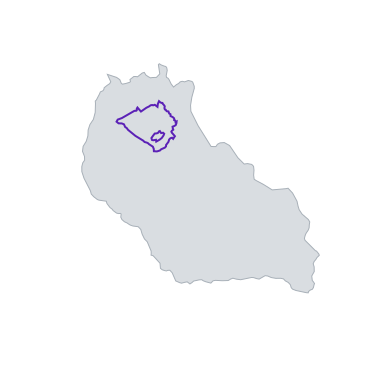 location of Veszprém within Hungary, rotated 62°
{"feature_id": "HUN-3158", "entity_name": "Veszprém", "entity_type": "County", "adm_level": 1, "iso_a3": "HUN", "parent_name": "Hungary", "parent_adm1": "", "projection": "albers", "projection_center": [17.661, 47.071], "detail": "fine", "context": "in_parent", "style": "outline", "palette": "violet", "viewbox_px": 384, "rotation_deg": 62, "n_neighbors": 0, "source": "natural_earth", "source_scale": "10m", "svg_char_len": 3908}
<svg xmlns="http://www.w3.org/2000/svg" viewBox="0 0 384 384"><g transform="rotate(62 192 192)"><path d="M302.6,109.8L306.5,109.1L307.7,109.4L308.5,112.3L308.6,112.5L309.7,114.3L310.7,116.8L312.3,118.7L315.4,119.3L319.6,121.4L322.4,125.7L326.5,127.3L326.8,127.4L327.5,127.1L330.4,126.8L331.0,127.6L333.4,129.7L334.4,131.5L334.1,133.6L334.6,135.9L335.6,136.7L334.6,138.3L327.7,146.5L325.0,148.8L323.1,149.3L320.0,148.7L317.0,149.5L314.3,151.3L311.7,152.0L309.9,154.1L307.6,158.5L304.7,162.2L301.7,164.6L300.2,166.7L300.4,173.6L298.8,175.6L296.5,177.8L295.4,179.6L292.3,190.2L289.8,193.7L287.3,196.4L287.0,198.8L287.2,201.5L284.5,207.0L281.0,212.8L280.3,215.1L281.3,218.1L277.8,221.9L275.7,223.7L274.0,224.6L273.0,226.8L271.4,232.3L272.0,234.7L272.2,237.0L269.1,238.4L268.3,240.9L267.6,244.0L266.3,245.4L262.9,248.1L254.0,247.4L250.7,248.3L249.8,250.2L249.7,251.6L248.6,253.0L246.7,254.8L244.6,255.7L239.9,253.7L230.1,256.2L228.5,257.8L227.0,256.8L224.9,255.8L214.9,254.9L211.1,256.0L205.8,255.8L201.0,254.8L197.4,255.8L194.3,260.1L192.7,261.6L191.5,262.5L188.8,263.9L186.6,265.6L183.5,266.8L180.8,266.7L178.2,264.9L177.3,265.3L176.5,267.1L175.2,268.5L171.3,270.4L170.4,270.4L170.1,270.4L167.2,271.7L162.3,272.5L159.9,272.0L155.5,278.0L154.2,279.1L150.0,281.0L146.5,281.9L143.5,281.2L142.4,281.1L129.2,280.9L122.3,279.7L117.9,277.4L115.0,274.8L113.5,271.9L110.1,270.2L104.7,269.6L100.6,266.7L97.6,261.6L93.6,257.6L88.5,254.6L84.5,250.4L81.6,245.0L76.3,240.1L68.6,235.7L66.3,234.7L65.9,233.3L62.2,227.9L60.6,225.9L60.8,223.2L60.1,221.7L58.7,220.6L58.0,216.8L57.7,213.9L56.6,212.0L48.4,211.5L55.4,204.8L58.9,203.0L62.8,203.4L64.1,202.8L64.4,201.8L65.1,199.6L65.5,197.5L65.9,195.5L65.5,194.4L63.6,194.0L62.7,189.1L63.7,187.3L64.7,186.0L63.6,180.1L64.0,178.0L67.1,177.8L69.6,176.5L71.7,175.1L72.3,173.3L74.1,169.6L72.6,165.0L63.8,161.9L63.4,160.7L65.4,159.5L67.6,157.6L68.9,156.2L70.6,156.0L73.0,156.8L77.2,160.2L78.8,160.7L80.4,159.7L82.1,159.5L86.8,159.7L90.7,159.0L89.9,155.4L89.9,152.9L89.2,150.8L89.7,148.6L91.3,146.8L91.8,142.9L94.3,140.2L95.4,139.8L99.7,140.4L100.8,141.0L101.4,141.2L108.3,147.7L114.8,152.6L120.2,155.1L128.0,155.3L136.4,155.5L150.4,154.5L160.8,153.8L161.5,152.5L163.1,149.6L161.8,147.1L161.8,144.2L163.5,140.3L168.6,137.0L183.3,135.4L191.8,132.8L193.0,129.6L195.7,126.3L198.2,125.6L201.8,127.0L206.1,129.7L209.9,131.1L212.0,130.0L219.3,125.1L227.8,120.2L233.2,107.4L233.8,105.4L240.1,103.7L249.4,103.6L254.3,105.0L257.9,105.7L263.2,105.2L270.9,102.2L273.7,102.1L276.1,103.9L278.6,105.4L280.3,107.4L281.7,110.1L282.4,111.2L283.6,112.6L285.7,114.5L287.6,114.9L301.8,110.6L302.6,109.8Z" fill="#d9dde1" stroke="#a8b0b8" stroke-width="1"/><path d="M134.7,180.9L136.2,183.7L134.7,184.1L134.4,185.8L134.9,187.5L136.7,189.3L138.3,192.8L139.5,193.5L140.1,195.1L139.8,199.2L140.3,200.8L139.7,203.9L138.1,206.5L135.9,205.5L133.6,205.3L129.4,207.6L128.3,207.9L127.3,208.6L125.6,210.4L123.7,211.0L115.9,215.6L107.1,219.3L104.9,219.6L103.2,220.5L100.3,220.3L98.5,221.8L96.9,224.6L94.5,225.6L93.2,223.6L93.8,219.2L93.3,205.0L93.5,204.2L93.9,203.6L94.1,202.9L93.8,202.3L92.7,201.8L92.2,201.2L91.8,200.5L97.0,199.3L96.2,192.7L96.3,189.7L96.0,187.9L96.5,186.3L97.1,185.8L97.4,185.1L97.4,184.2L97.7,183.8L100.6,182.5L98.2,180.8L96.3,178.5L98.0,177.9L99.2,176.9L99.5,176.3L100.3,176.4L101.9,176.0L103.5,175.8L104.9,176.9L105.6,177.1L106.4,177.2L107.0,176.6L107.9,176.6L108.9,176.3L109.8,175.0L112.0,175.3L113.2,174.5L114.9,175.3L116.7,173.9L118.6,173.2L120.2,174.0L120.9,173.3L121.7,173.4L122.5,173.7L122.5,172.5L124.0,173.5L125.3,175.0L125.4,176.7L125.2,178.5L126.8,179.1L128.2,179.3L128.4,180.7L128.9,181.8L129.9,182.0L134.7,180.9ZM130.7,199.9L130.6,196.0L130.1,193.3L128.7,190.6L127.5,189.2L126.1,189.7L125.5,191.6L123.1,191.8L123.0,192.8L123.8,193.9L123.7,195.5L122.9,197.5L124.0,199.9L125.3,202.5L127.2,202.9L128.1,202.0L129.0,199.3L130.7,199.9Z" fill="none" stroke="#5b21b6" stroke-width="2"/></g></svg>